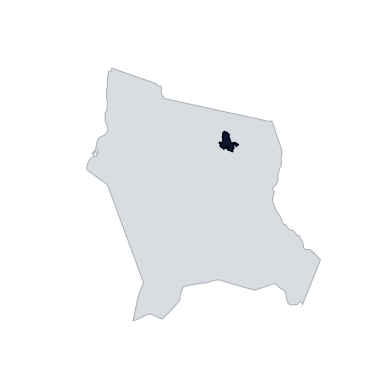 Narok North, Rift Valley, Kenya (highlighted), rotated 160°
{"feature_id": "3690345B19794245895997", "entity_name": "Narok North", "entity_type": "district", "adm_level": 2, "iso_a3": "KEN", "parent_name": "Kenya", "parent_adm1": "Rift Valley", "projection": "robinson", "projection_center": [35.859, -0.842], "detail": "fine", "context": "in_parent", "style": "filled", "palette": "ink", "viewbox_px": 384, "rotation_deg": 160, "n_neighbors": 0, "source": "geoboundaries", "source_scale": "gbopen_adm2", "svg_char_len": 5700}
<svg xmlns="http://www.w3.org/2000/svg" viewBox="0 0 384 384"><g transform="rotate(160 192 192)"><path d="M92.7,231.5L92.6,226.7L93.2,214.5L93.1,203.8L93.7,198.4L96.0,195.0L97.1,192.5L97.9,189.0L99.1,186.2L101.9,183.9L102.4,182.7L105.4,178.8L107.1,173.9L108.5,172.2L110.1,170.7L111.3,169.8L113.2,169.0L114.7,168.6L115.0,168.2L115.1,167.4L114.6,164.3L115.3,163.3L116.3,161.3L117.5,159.4L118.6,158.2L119.2,156.9L119.4,154.8L119.5,153.3L119.5,150.8L119.1,145.1L117.9,140.4L117.1,135.1L117.7,133.3L116.7,130.2L116.2,130.1L115.4,129.4L114.4,126.5L113.6,123.8L113.1,123.1L109.8,120.8L108.2,115.3L106.3,114.1L105.3,108.6L105.1,107.0L106.1,101.6L106.0,100.3L104.9,99.2L101.8,98.0L99.3,95.7L99.6,94.9L99.8,94.1L98.4,93.6L94.6,84.2L99.6,78.6L104.6,73.0L111.1,65.8L117.0,59.2L122.2,53.5L126.7,48.4L126.6,49.3L126.6,50.6L127.2,51.4L128.1,52.0L129.5,51.4L130.6,50.6L131.7,50.4L138.6,52.5L139.7,54.4L139.7,56.4L140.0,57.8L139.4,59.3L138.9,63.6L139.0,67.7L141.1,70.6L142.9,73.0L144.4,76.2L145.5,77.3L147.0,77.8L151.7,77.9L158.7,78.1L165.4,78.3L166.0,78.4L167.5,78.9L173.7,83.3L179.3,87.3L184.1,90.9L188.8,94.3L193.3,97.6L196.9,100.4L200.3,101.2L206.0,101.6L209.8,101.7L213.5,102.9L218.8,104.0L222.8,104.5L225.2,105.2L231.9,105.8L233.0,105.4L236.0,102.4L239.3,97.4L240.6,94.6L244.8,91.9L252.3,88.1L257.6,85.4L263.5,82.8L266.2,85.1L269.9,88.8L271.5,90.7L272.9,91.5L274.9,92.0L277.3,92.1L278.6,92.0L281.4,91.5L287.7,91.0L291.4,91.1L288.3,96.1L284.7,102.0L277.9,113.0L272.8,118.7L268.9,123.1L268.5,123.9L268.6,128.8L268.6,140.6L268.7,164.4L268.8,188.2L268.9,211.9L268.9,223.8L269.0,227.8L272.4,232.8L275.7,237.7L280.1,244.2L282.5,247.6L282.8,248.8L282.7,251.1L279.1,255.9L276.1,258.1L272.1,259.2L270.9,259.0L269.3,258.3L268.7,259.5L268.3,261.3L267.4,260.9L266.7,260.4L267.1,263.6L267.5,265.2L266.9,267.3L265.0,269.2L264.8,270.8L260.6,274.9L254.6,275.4L251.5,277.4L250.1,279.1L249.0,282.8L249.4,288.4L247.7,292.8L247.4,295.0L244.3,297.8L242.9,300.4L241.9,303.0L241.0,304.2L240.0,310.1L238.6,313.7L238.2,314.8L237.8,315.9L236.7,318.0L236.0,319.5L235.4,320.4L231.8,329.6L229.0,333.7L226.7,333.3L225.3,334.9L225.1,335.6L224.3,335.2L222.5,333.7L218.6,330.6L214.8,327.5L211.0,324.3L207.2,321.2L203.4,318.1L199.5,315.0L195.7,311.9L191.9,308.8L189.7,306.9L188.7,305.8L187.9,303.7L187.5,303.2L186.5,302.5L185.3,302.3L185.0,301.9L185.0,300.9L185.4,299.4L186.8,296.5L187.0,294.8L186.7,292.9L186.2,289.9L185.9,289.2L183.3,287.6L178.0,284.2L172.7,280.9L167.4,277.5L162.1,274.2L156.8,270.8L151.5,267.4L146.2,264.1L140.9,260.7L135.6,257.4L130.3,254.0L124.9,250.7L119.6,247.3L114.3,243.9L109.0,240.6L103.7,237.2L98.4,233.9L96.4,232.6L94.6,231.5L92.7,231.5ZM269.3,264.2L268.4,264.4L268.9,262.8L271.6,260.7L272.7,261.2L272.9,261.7L272.8,262.1L272.4,262.5L269.3,264.2Z" fill="#d9dde1" stroke="#a8b0b8" stroke-width="1"/><path d="M147.4,221.4L147.1,221.5L146.8,221.7L146.2,222.0L145.7,222.4L145.3,222.1L145.2,222.0L145.0,222.3L144.6,222.5L144.1,223.0L143.6,223.4L143.2,223.2L143.2,222.9L142.3,221.5L141.9,221.6L141.9,221.3L142.9,221.2L143.7,222.1L144.5,221.1L144.4,220.7L144.1,220.2L143.8,219.3L143.7,219.3L143.6,219.2L143.4,219.0L143.3,218.9L143.2,218.7L142.7,218.7L142.3,218.3L142.3,218.2L142.2,218.0L141.6,217.7L141.3,217.5L141.2,217.4L140.8,217.2L140.9,216.6L140.7,216.5L140.3,216.7L140.4,216.4L140.3,216.2L140.1,216.1L139.9,216.1L139.8,216.4L139.9,216.6L139.6,217.3L139.4,217.8L139.3,218.5L138.8,218.3L138.5,218.3L138.4,218.3L138.2,218.5L138.1,218.8L137.9,218.9L137.7,219.0L137.8,219.1L137.8,219.3L137.8,219.5L137.7,219.7L137.7,219.8L137.6,220.0L137.4,220.1L137.3,220.3L137.2,220.6L137.1,220.8L137.2,221.0L137.1,221.3L137.0,221.5L136.9,221.7L136.9,221.8L136.7,222.0L136.6,222.3L136.6,222.5L136.4,222.6L136.2,222.9L136.2,223.0L135.9,222.8L135.7,222.6L135.2,222.2L135.0,221.8L134.9,221.7L134.8,220.4L134.7,219.8L132.4,220.6L132.7,221.3L135.1,224.1L138.0,224.2L138.2,224.3L138.3,224.4L138.3,224.5L138.4,224.9L138.4,225.0L138.5,225.1L138.5,225.3L138.6,225.6L138.7,225.9L138.7,226.0L138.7,226.3L138.5,226.5L138.5,227.0L138.5,227.5L138.4,227.5L138.4,227.8L138.4,228.0L138.5,228.2L138.5,228.4L138.5,228.6L138.6,229.0L138.5,229.3L138.6,229.6L138.5,229.8L138.5,230.1L138.5,230.3L138.4,230.3L138.4,230.5L138.4,230.8L138.4,231.0L138.5,231.3L138.4,231.5L138.5,231.5L138.4,231.6L138.5,231.7L138.5,231.8L138.5,232.0L138.5,232.3L138.6,232.5L138.8,232.6L138.6,232.7L138.5,232.8L137.4,233.0L137.4,233.3L137.4,233.5L137.5,233.6L137.8,233.8L137.9,234.0L138.0,234.1L138.1,234.3L138.3,234.7L138.3,234.8L138.3,235.0L138.4,235.3L138.6,235.4L138.6,235.5L138.8,235.5L139.0,235.8L138.9,235.9L138.9,236.0L139.0,236.1L139.3,236.3L139.4,236.5L139.5,236.6L139.8,236.7L140.0,236.6L140.2,236.8L140.3,236.9L140.4,237.0L140.5,237.3L140.7,237.5L140.8,237.7L140.8,237.8L141.0,237.9L141.0,238.0L141.0,237.9L141.1,237.7L141.3,237.7L141.5,237.5L141.8,237.6L142.0,237.6L141.9,237.6L142.0,237.5L142.5,237.0L142.9,236.6L143.0,236.5L143.4,235.7L143.8,234.5L143.8,234.3L144.0,234.2L144.7,232.9L144.5,232.7L144.4,232.5L144.5,232.2L144.6,231.9L144.7,231.7L144.8,231.5L144.7,231.4L144.8,231.3L144.9,231.1L144.9,230.9L145.0,230.8L144.9,230.7L145.0,230.7L145.3,230.4L145.3,230.2L145.4,229.9L145.5,229.8L145.6,229.6L145.8,229.5L145.9,229.4L145.9,229.2L146.0,228.9L146.2,228.6L146.3,228.5L146.4,228.3L146.5,228.2L146.8,227.9L146.9,227.6L147.2,227.5L147.3,227.4L147.6,227.2L147.7,227.3L147.7,227.6L147.6,228.0L147.6,228.3L147.8,228.4L148.0,228.3L148.1,228.5L148.3,228.7L148.4,228.8L148.5,228.9L148.5,228.7L149.6,228.7L149.2,227.9L148.9,226.9L149.7,226.0L149.7,225.4L149.6,225.2L149.7,224.9L149.5,224.7L149.2,224.5L149.1,224.4L148.9,224.2L148.9,223.9L148.8,223.7L148.8,223.4L148.6,223.3L148.4,223.3L147.4,222.3L147.4,221.4Z" fill="#0f172a" stroke="#020617" stroke-width="1.5"/></g></svg>